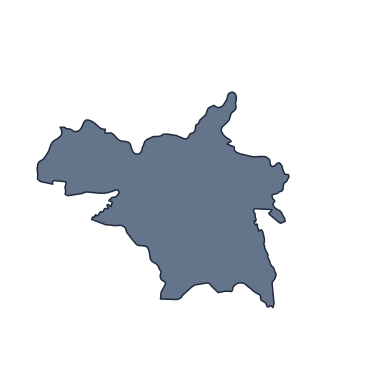 SVG path tracing the border of As-Sulaymaniyah, rotated 315°
{"feature_id": "IRQ-3242", "entity_name": "As-Sulaymaniyah", "entity_type": "Province", "adm_level": 1, "iso_a3": "IRQ", "parent_name": "Iraq", "parent_adm1": "", "projection": "natural_earth1", "projection_center": [45.337, 35.514], "detail": "fine", "context": "isolated", "style": "filled", "palette": "slate", "viewbox_px": 384, "rotation_deg": 315, "n_neighbors": 0, "source": "natural_earth", "source_scale": "10m", "svg_char_len": 6103}
<svg xmlns="http://www.w3.org/2000/svg" viewBox="0 0 384 384"><g transform="rotate(315 192 192)"><path d="M144.5,53.1L146.3,54.6L147.7,56.1L147.8,58.1L148.6,59.2L149.5,60.2L150.4,61.5L150.9,63.3L151.1,64.7L151.5,65.9L152.8,67.4L155.8,68.8L159.1,68.5L165.4,66.0L168.2,66.3L170.2,68.7L171.4,72.2L171.9,75.4L172.2,81.4L173.0,83.8L175.1,86.5L172.3,88.3L173.0,89.9L175.1,91.6L176.7,93.2L177.2,95.8L176.9,102.2L177.5,105.1L181.0,109.7L182.4,112.5L181.9,115.3L180.5,117.5L179.2,120.3L178.5,123.2L179.2,125.4L179.3,125.4L181.2,127.5L183.6,127.8L186.1,127.0L188.4,125.4L190.4,124.8L194.1,123.0L197.0,122.9L203.8,125.4L208.0,129.3L209.4,130.2L212.5,130.8L215.8,133.9L221.0,141.3L223.9,148.4L225.2,150.2L227.3,150.8L231.5,149.5L232.7,149.8L234.6,151.0L236.9,150.9L239.0,149.8L241.7,147.5L242.9,147.5L244.0,147.9L245.2,148.0L248.8,146.7L255.9,147.1L258.2,146.3L260.3,145.1L262.1,144.4L264.0,144.4L267.4,145.8L268.2,145.9L268.8,146.4L269.3,149.2L269.8,150.2L270.5,151.0L271.4,151.7L273.7,152.7L276.1,152.6L280.8,151.5L283.0,150.8L284.9,149.4L286.9,148.4L289.3,148.7L291.2,150.0L292.0,151.9L291.8,154.0L290.5,156.3L288.7,157.9L285.3,160.1L283.8,162.4L282.0,164.1L279.7,164.3L275.3,164.1L269.7,167.1L267.4,167.6L259.6,167.4L257.3,168.2L255.8,169.8L255.0,172.0L254.6,174.4L254.6,176.7L255.7,182.0L255.4,183.9L251.9,182.9L251.4,182.9L250.9,183.0L251.9,185.8L253.1,188.5L253.6,189.1L253.7,189.6L253.6,190.2L253.1,190.8L252.2,191.4L251.6,192.4L251.4,193.5L251.4,194.8L252.9,198.8L260.1,210.4L266.3,216.0L269.0,219.1L269.8,223.2L269.0,225.2L267.6,226.9L266.6,228.6L266.9,230.8L268.5,231.9L272.8,231.9L274.5,233.3L274.1,237.0L271.7,241.2L270.2,245.1L272.5,247.8L271.6,249.5L270.4,250.2L269.0,250.5L266.2,251.4L264.2,250.9L263.0,251.0L260.0,252.8L258.4,254.4L256.6,254.9L253.2,253.4L251.8,253.5L250.6,253.0L248.3,251.5L246.6,250.9L245.8,251.2L244.3,253.8L244.2,254.5L244.5,256.2L244.2,256.8L243.6,257.2L242.0,257.3L241.3,257.6L240.1,258.8L239.5,260.4L239.5,262.2L239.8,264.1L240.9,267.7L240.6,270.3L239.6,272.9L238.8,276.3L237.1,278.6L234.1,277.5L232.7,276.8L232.0,275.2L230.9,262.5L231.1,261.5L231.3,261.3L231.6,261.4L232.5,261.3L232.9,261.3L233.4,261.5L233.9,261.6L234.4,261.6L234.9,261.5L235.4,261.3L235.7,261.1L234.5,259.1L226.8,250.8L226.2,249.8L225.7,249.3L224.8,248.5L224.1,248.1L223.3,248.1L222.7,248.5L221.7,249.6L221.5,250.3L221.4,251.3L221.0,252.0L220.4,252.8L219.2,254.3L218.6,255.2L218.2,256.3L217.9,256.8L217.0,257.2L216.7,257.4L216.3,257.8L216.0,257.9L215.9,257.8L215.9,257.5L215.9,257.1L215.8,256.8L215.5,256.6L215.2,256.7L214.7,257.2L214.0,258.4L213.8,259.2L213.8,260.3L214.1,260.6L214.4,260.7L214.8,260.5L215.0,260.4L215.2,260.7L215.1,261.1L214.6,262.1L213.7,262.8L213.2,263.3L212.8,265.3L211.7,266.3L212.0,267.1L212.3,267.2L213.4,267.3L213.8,267.4L214.1,267.6L214.3,267.8L214.3,268.1L214.3,268.9L214.0,269.8L213.4,271.0L210.8,275.2L209.9,276.5L207.0,279.2L206.7,279.2L206.3,279.1L206.0,279.2L205.7,279.5L205.6,280.2L205.4,280.9L204.9,281.7L203.8,283.0L202.9,285.1L202.5,286.7L201.6,289.3L201.4,289.8L201.2,290.3L200.5,290.6L200.0,291.0L199.5,291.8L198.0,295.7L196.8,297.9L196.4,298.9L196.1,299.7L196.1,300.1L196.0,300.7L196.0,301.2L196.0,301.7L196.1,302.0L196.2,302.4L196.1,302.8L195.8,303.8L195.6,304.5L194.3,306.8L193.9,308.1L193.9,308.5L193.8,308.8L193.2,309.6L192.4,310.2L190.3,311.4L189.2,311.9L188.2,312.1L187.5,312.2L186.4,312.4L185.9,312.4L185.1,312.4L183.6,313.7L171.3,328.7L167.7,330.9L167.3,328.8L167.1,328.1L166.8,327.7L166.4,327.6L166.0,327.6L165.6,327.6L164.8,327.3L164.4,327.0L164.2,326.4L164.2,325.9L165.0,324.3L165.3,323.4L165.5,322.6L165.5,321.8L165.4,321.1L164.7,319.0L164.6,318.2L164.5,317.4L164.7,316.7L165.0,316.1L166.6,314.3L167.1,313.6L167.2,313.1L167.2,312.5L166.0,308.9L165.4,305.8L165.2,304.8L165.2,304.2L165.3,303.5L165.3,302.6L164.8,299.5L164.5,294.6L164.1,293.4L163.2,291.9L162.3,290.8L160.8,289.4L159.7,288.9L158.3,288.4L155.9,288.1L154.6,288.2L153.6,288.5L151.0,290.1L150.3,290.3L149.5,290.1L148.8,289.6L147.7,288.1L145.4,285.7L139.4,281.7L139.2,271.8L139.5,270.0L139.6,269.3L139.5,268.8L139.2,268.2L137.9,266.6L128.2,259.7L124.0,258.9L111.7,258.4L109.8,259.1L107.3,258.4L105.4,257.5L94.1,245.4L99.1,241.1L107.9,238.4L109.0,237.2L109.4,236.0L108.6,234.1L108.4,233.1L108.5,231.9L108.9,230.6L110.1,228.9L111.5,227.9L112.5,227.3L113.3,227.1L113.7,226.5L114.0,225.6L114.3,223.8L115.6,220.8L116.0,218.7L115.6,216.6L114.9,214.3L114.6,212.2L115.4,209.5L119.6,203.9L120.7,201.5L121.3,199.6L121.2,198.0L119.0,195.0L116.6,192.3L115.9,190.9L115.6,189.6L116.0,185.6L116.4,180.6L116.8,179.0L117.1,175.4L117.5,174.0L119.4,170.5L119.3,168.2L118.4,165.5L113.2,160.8L110.7,157.3L107.8,154.1L101.7,140.5L103.7,139.5L104.0,139.6L104.6,139.8L104.9,140.3L105.3,140.7L105.7,140.6L107.0,139.9L107.5,139.9L107.8,140.2L108.0,140.5L108.0,140.8L108.0,141.1L108.0,141.5L108.4,142.1L109.0,142.2L109.6,142.1L112.3,141.3L113.2,141.3L113.8,141.5L114.3,142.4L115.0,143.0L115.6,143.0L116.2,142.8L116.8,142.4L117.8,142.0L118.5,142.1L119.0,142.3L119.4,142.8L119.9,143.5L120.8,144.2L121.3,144.2L121.6,143.9L121.7,143.5L121.8,142.6L122.0,142.1L122.3,141.7L122.8,141.2L123.2,141.2L123.6,141.4L123.9,141.6L124.1,142.0L124.2,144.1L124.5,144.8L124.7,145.0L125.1,144.9L126.2,143.8L127.9,143.2L128.5,142.4L128.4,142.0L127.2,139.8L127.2,139.4L127.6,139.2L128.5,139.0L128.8,139.1L129.5,139.4L129.9,139.4L131.1,139.2L131.7,139.3L132.1,139.6L132.6,140.1L132.8,140.3L133.1,140.5L133.3,140.8L133.9,141.2L134.9,141.5L137.5,141.5L138.7,141.4L139.5,141.1L140.2,140.5L140.4,140.1L140.7,139.3L140.8,139.0L140.9,138.7L140.9,138.3L140.7,137.9L140.0,137.0L132.4,133.2L129.6,131.2L126.1,127.9L117.9,117.9L116.8,117.0L115.5,116.2L112.9,115.1L101.8,107.0L101.2,105.8L100.7,104.0L103.1,102.1L103.9,101.2L104.6,100.2L105.2,99.1L106.0,98.5L108.6,97.2L109.7,96.1L109.4,94.9L108.7,93.9L103.1,87.1L102.0,86.1L100.8,86.1L100.1,86.6L99.0,87.9L92.6,78.0L92.0,76.4L92.0,73.5L95.7,70.2L97.0,68.4L99.1,65.9L102.6,63.3L104.9,62.5L106.7,62.8L109.9,63.7L115.0,62.9L119.9,61.6L125.7,58.7L128.2,58.1L130.5,58.1L135.3,59.3L139.1,59.5L140.7,58.9L142.0,58.0L143.5,55.7L144.1,54.4L144.5,53.1Z" fill="#64748b" stroke="#1e293b" stroke-width="1.5"/></g></svg>